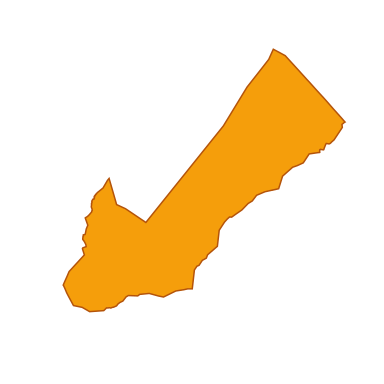 Shinejinst, Bayanhongor, Mongolia (orthographic projection), rotated 222°
{"feature_id": "93677404B41329539595641", "entity_name": "Shinejinst", "entity_type": "district", "adm_level": 2, "iso_a3": "MNG", "parent_name": "Mongolia", "parent_adm1": "Bayanhongor", "projection": "orthographic", "projection_center": [99.408, 43.736], "detail": "fine", "context": "isolated", "style": "filled", "palette": "amber", "viewbox_px": 384, "rotation_deg": 222, "n_neighbors": 0, "source": "geoboundaries", "source_scale": "gbopen_adm2", "svg_char_len": 3423}
<svg xmlns="http://www.w3.org/2000/svg" viewBox="0 0 384 384"><g transform="rotate(222 192 192)"><path d="M125.1,346.4L126.1,346.5L133.7,347.4L141.2,348.2L142.3,348.3L149.7,349.2L156.7,350.0L164.1,350.7L167.2,351.0L170.1,351.3L172.8,351.6L179.6,352.3L182.1,352.5L191.8,353.5L192.6,353.6L197.8,354.1L204.9,354.8L212.0,355.5L213.9,355.7L219.8,354.3L227.1,352.5L223.7,341.9L222.8,329.3L221.3,306.9L212.9,262.1L205.9,138.5L211.6,137.7L230.2,135.1L239.6,132.2L262.7,146.6L262.6,144.1L260.8,135.5L261.8,128.9L261.9,128.6L261.9,128.2L261.9,127.9L261.9,127.7L261.9,127.2L262.0,126.9L261.9,126.6L261.7,126.4L261.9,126.0L262.0,125.6L262.0,125.4L261.9,125.2L261.6,124.9L261.5,124.7L261.4,124.6L261.5,124.3L261.8,124.0L261.8,123.8L261.7,123.6L261.5,123.4L261.4,123.2L261.5,122.9L261.4,122.7L261.1,122.6L260.7,122.5L260.6,122.4L260.5,122.2L260.5,121.8L260.3,121.7L260.2,121.5L260.1,121.3L260.2,121.2L260.4,120.7L260.7,120.6L260.8,120.5L260.8,120.3L260.7,120.0L260.7,119.8L260.6,119.6L260.6,119.2L260.6,118.8L260.4,118.5L260.2,118.3L260.2,118.1L260.1,117.9L259.8,117.7L259.5,117.4L259.4,117.2L259.2,117.1L259.1,116.9L259.1,116.4L259.0,116.2L258.6,115.8L258.5,115.6L258.2,115.5L258.1,115.4L257.6,114.6L257.4,114.2L256.8,113.5L256.3,113.2L256.0,113.0L255.4,112.8L255.0,112.5L254.5,112.1L254.3,112.0L253.8,111.6L253.8,111.3L253.8,110.9L253.8,110.7L253.5,110.5L253.4,110.3L253.3,110.0L253.1,109.7L253.2,109.3L253.2,109.0L253.2,108.6L253.2,108.0L253.2,107.6L253.1,107.0L253.3,103.8L253.8,102.2L254.0,101.3L247.2,97.6L245.8,93.7L243.3,89.5L243.1,89.0L243.1,88.7L243.5,88.4L243.9,87.7L244.1,87.4L244.0,87.1L243.8,87.0L243.6,87.0L243.4,86.8L243.2,86.6L243.2,86.1L243.0,85.5L242.7,85.3L242.4,85.0L242.2,84.5L241.7,83.9L241.3,83.6L240.8,83.5L239.8,83.4L239.3,83.2L239.1,83.1L238.7,83.0L238.3,83.0L238.0,82.8L237.5,82.6L236.9,82.4L236.0,82.0L235.4,81.7L234.9,81.2L234.5,80.9L234.1,80.6L234.1,80.4L234.3,80.2L234.7,79.5L234.9,79.1L235.1,78.6L235.3,78.3L235.7,77.7L235.7,77.2L235.6,76.7L235.4,76.5L229.9,73.2L230.1,50.6L228.5,46.0L227.5,42.9L226.6,40.1L225.4,36.6L224.8,36.5L221.6,35.1L217.6,33.2L213.6,31.7L204.1,28.3L196.4,32.8L188.0,34.6L178.2,44.8L178.2,45.0L178.1,45.8L178.1,46.3L178.0,47.1L178.0,48.0L178.0,48.6L177.8,48.8L177.5,49.1L177.1,49.3L176.7,49.7L176.5,50.2L176.1,50.6L175.7,50.9L175.1,51.2L174.9,51.3L174.8,51.5L174.6,51.6L174.4,52.1L174.3,52.4L174.1,52.8L173.6,53.4L173.1,54.1L172.6,55.3L172.3,56.0L172.0,56.5L171.9,56.9L171.9,57.5L172.1,59.0L171.8,60.7L171.8,61.2L170.4,64.7L170.8,70.0L170.0,72.5L162.8,78.5L162.3,81.0L155.9,88.0L147.3,92.3L142.9,94.9L137.8,107.6L132.7,113.9L130.5,117.0L127.0,120.2L138.0,135.6L138.7,140.1L137.7,142.2L138.6,148.1L137.1,152.4L138.4,155.8L136.8,168.6L146.2,181.8L147.7,191.4L147.7,195.5L147.4,198.5L145.7,199.9L144.7,204.5L142.9,212.1L142.6,221.0L141.2,225.7L141.8,232.8L137.9,241.1L129.8,252.4L135.3,264.4L133.8,277.7L131.4,282.1L128.8,288.1L130.4,298.7L124.6,305.7L124.0,306.3L123.6,306.8L123.6,307.1L124.2,307.4L124.6,308.2L124.7,308.3L125.1,308.5L125.3,308.8L125.3,309.1L125.2,309.4L125.1,309.6L125.0,309.8L124.8,309.9L124.1,310.2L122.9,311.0L122.5,311.3L122.4,311.6L122.5,311.9L122.9,312.6L124.4,316.6L124.7,317.9L123.0,319.0L122.4,319.4L122.1,319.8L121.9,320.3L121.8,320.9L121.7,321.5L121.7,322.2L121.7,322.6L121.6,323.4L121.5,324.0L121.5,324.4L121.4,325.2L121.3,325.8L121.4,326.4L123.5,340.6L125.8,342.6L125.3,346.0L125.1,346.4Z" fill="#f59e0b" stroke="#b45309" stroke-width="1.5"/></g></svg>